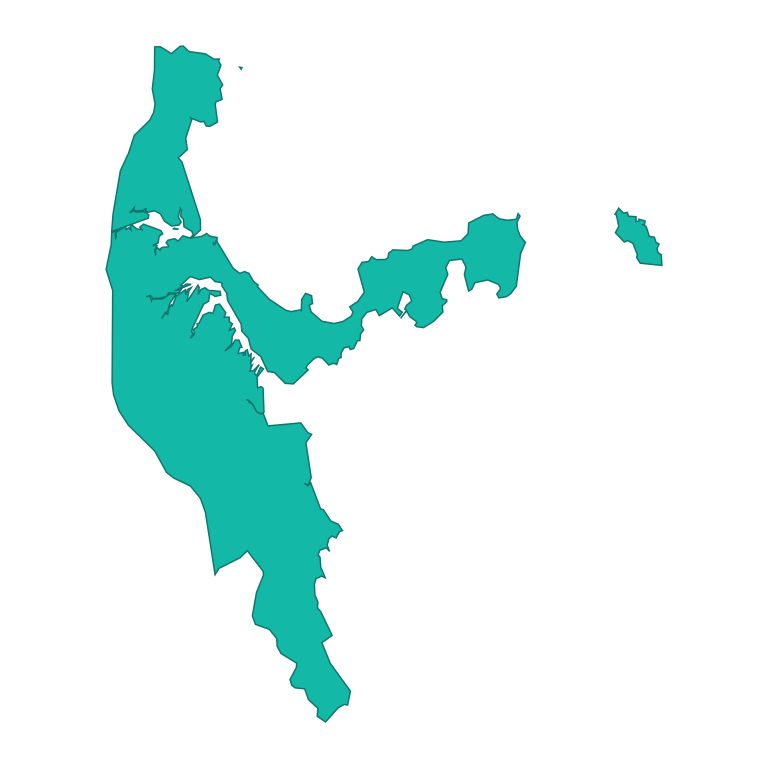 outline of Hibiscus and Bays Local Board Area, Auckland, New Zealand
{"feature_id": "76426892B59525679970548", "entity_name": "Hibiscus and Bays Local Board Area", "entity_type": "district", "adm_level": 2, "iso_a3": "NZL", "parent_name": "New Zealand", "parent_adm1": "Auckland", "projection": "equal_earth", "projection_center": [174.744, -36.648], "detail": "fine", "context": "isolated", "style": "filled", "palette": "teal", "viewbox_px": 768, "rotation_deg": 0, "n_neighbors": 0, "source": "geoboundaries", "source_scale": "gbopen_adm2", "svg_char_len": 6102}
<svg xmlns="http://www.w3.org/2000/svg" viewBox="0 0 768 768"><path d="M111.7,231.5L148.2,218.2L148.8,215.0L144.5,211.6L135.6,212.0L133.4,210.9L131.7,212.0L129.6,212.7L134.3,207.7L133.9,210.0L135.8,211.0L142.6,210.6L146.5,208.2L145.0,210.2L147.9,212.3L154.6,210.8L160.5,213.9L164.5,221.2L171.7,226.0L178.9,225.1L181.2,222.2L178.3,217.0L180.3,208.3L181.5,210.2L180.6,216.3L183.4,219.2L184.0,226.8L191.8,231.3L193.2,235.0L190.0,238.0L182.9,235.8L178.1,241.1L174.7,238.7L168.0,240.2L166.1,242.8L168.7,245.9L168.3,246.8L162.2,247.4L159.9,249.1L160.5,250.8L157.4,247.8L155.2,250.1L155.6,251.9L155.6,255.3L154.7,250.2L157.1,245.5L152.5,245.4L158.1,243.0L159.2,236.2L162.7,233.8L160.9,230.6L143.6,224.2L139.8,227.1L142.0,229.7L136.7,228.9L132.0,225.0L130.0,226.9L131.0,230.0L128.6,227.9L125.5,230.0L126.8,228.6L124.7,227.2L116.8,231.8L115.6,234.2L116.5,235.6L115.9,237.8L115.6,238.2L115.1,234.2L116.8,230.9L111.7,232.6L111.2,244.8L106.1,269.3L112.7,290.5L112.1,382.7L113.6,395.0L119.1,410.9L128.4,425.2L154.7,450.9L166.6,472.4L173.8,478.1L190.4,486.0L200.4,498.2L205.4,512.1L215.1,574.6L218.9,568.4L240.1,557.7L247.3,550.7L263.1,571.2L263.5,575.1L256.5,592.4L252.4,615.9L255.5,624.4L269.3,629.3L276.7,638.6L277.2,646.5L281.0,653.5L296.7,663.2L296.4,667.5L290.0,679.6L291.8,685.3L295.0,687.8L304.7,688.8L308.5,699.6L317.9,708.3L317.2,716.3L325.6,721.9L338.0,707.9L344.2,704.4L347.6,705.0L350.4,691.2L330.3,663.4L321.8,642.7L332.1,635.4L320.7,611.6L317.5,608.0L317.9,602.0L314.9,595.1L314.4,584.2L316.0,578.6L321.5,576.1L325.2,577.8L320.7,567.0L320.0,557.1L318.1,554.9L319.9,550.2L326.4,547.9L329.6,551.4L327.2,545.2L328.7,539.1L331.9,536.1L336.0,538.0L339.4,531.7L342.4,530.6L338.4,524.3L330.8,521.0L323.4,509.7L320.6,509.0L310.7,482.8L308.0,485.8L304.5,483.5L308.4,484.9L311.2,477.6L305.9,442.6L311.6,434.4L307.7,432.6L300.8,422.9L268.0,425.9L263.3,413.5L261.0,414.1L259.7,413.6L257.9,412.3L256.5,411.7L252.5,404.2L249.3,402.3L248.5,400.5L246.1,399.3L248.9,400.5L252.8,404.3L256.6,411.6L261.0,413.8L264.0,412.2L263.1,388.4L261.3,386.7L257.6,387.9L257.0,377.3L263.5,368.9L260.6,367.1L256.7,375.4L254.7,374.1L254.8,371.8L259.2,364.6L253.4,370.7L249.9,371.1L252.2,365.1L250.9,366.0L250.9,362.4L254.5,356.9L250.6,361.9L251.2,354.0L248.7,356.0L247.3,349.8L245.4,350.9L245.2,355.1L243.1,355.1L244.2,352.2L238.0,353.6L239.8,347.6L241.9,347.4L238.9,340.0L235.2,340.1L231.4,346.4L225.0,351.0L231.7,343.9L232.2,336.3L235.5,330.4L234.2,328.0L229.4,330.3L232.4,323.8L229.4,321.7L229.2,317.2L224.3,317.1L225.8,312.7L219.6,304.1L215.5,305.0L212.9,313.3L209.2,312.4L203.1,315.1L198.9,323.4L197.1,323.6L197.3,327.0L193.6,329.3L194.4,333.5L193.4,335.4L190.3,338.3L193.5,333.5L191.8,332.3L192.4,328.2L203.6,304.2L208.6,301.2L209.8,293.3L215.2,296.4L220.7,295.2L220.1,291.3L208.5,290.4L205.1,287.7L200.9,289.5L198.2,294.5L199.2,287.5L198.0,285.2L186.9,301.7L188.9,291.1L191.2,287.7L187.4,289.5L186.8,291.8L185.6,295.0L185.3,289.9L176.0,296.2L172.5,305.9L171.4,304.7L169.0,308.4L167.7,314.4L165.8,312.6L161.7,318.6L164.4,314.0L165.9,312.2L167.6,311.5L169.7,303.6L175.9,294.3L170.2,293.8L162.5,299.0L151.8,299.2L151.5,300.7L149.8,296.1L145.9,296.7L150.5,295.5L153.0,298.6L160.1,298.2L166.3,296.4L168.6,292.9L178.9,292.9L182.3,287.8L191.2,284.3L186.1,284.0L178.7,290.2L176.1,290.1L183.3,286.0L180.9,285.2L190.2,276.5L199.5,279.6L210.5,277.0L215.1,281.6L221.7,282.7L222.1,286.3L226.7,293.1L227.6,300.5L241.1,323.9L241.8,331.1L248.4,338.4L251.1,349.0L260.7,356.4L267.7,371.5L274.4,372.5L285.2,383.4L293.3,383.9L308.1,370.0L306.1,368.0L307.2,365.3L314.1,358.6L318.1,356.7L322.5,358.3L328.8,365.0L333.3,363.2L336.8,364.5L338.7,358.4L341.1,357.5L341.1,353.0L344.0,347.9L348.9,346.6L350.2,349.4L353.6,348.7L357.4,340.7L359.9,340.6L360.5,334.1L363.6,329.8L361.3,325.6L361.9,318.7L366.8,312.4L375.9,309.5L379.3,315.6L392.3,307.9L399.6,316.1L402.3,312.2L397.3,308.3L403.0,291.7L409.4,294.9L411.6,301.1L406.4,305.4L404.8,309.1L406.6,310.3L400.6,318.4L406.6,310.9L409.9,316.8L415.8,321.0L416.8,323.1L415.0,325.1L416.7,326.7L423.5,327.6L433.7,321.3L442.9,312.0L442.3,305.7L446.8,301.7L446.6,299.6L442.2,298.9L440.1,292.3L447.8,274.4L445.7,267.8L449.4,260.5L462.0,259.0L466.0,267.1L464.4,274.6L468.6,291.0L471.8,289.2L474.9,282.7L487.7,280.0L498.1,284.2L500.2,286.9L500.2,289.5L496.8,294.0L498.9,297.9L506.5,296.6L510.7,293.7L516.3,286.2L520.6,253.6L525.4,242.3L520.3,236.2L517.6,229.5L517.0,222.3L520.0,216.1L518.1,213.7L516.3,219.3L507.4,220.3L499.1,218.8L492.9,213.9L483.7,215.4L468.7,223.0L468.1,233.7L461.1,240.8L444.3,242.2L427.6,239.7L413.1,246.1L412.1,248.8L408.2,250.5L392.9,249.9L388.7,253.2L387.9,257.7L385.5,259.5L376.2,259.6L371.7,256.7L368.8,261.4L362.0,262.4L358.0,269.0L364.3,292.3L357.8,301.4L349.7,306.9L353.0,311.9L351.4,316.0L342.9,321.5L334.2,323.5L322.0,321.3L311.2,312.0L309.2,305.0L312.5,303.6L311.6,295.7L305.5,293.4L301.7,299.5L301.3,311.5L301.1,309.8L290.9,311.6L285.8,310.3L269.2,299.2L257.4,286.7L258.1,285.0L253.5,281.4L248.8,273.2L244.5,271.6L239.8,273.4L233.1,268.2L216.9,241.4L215.9,241.2L215.2,244.2L213.7,244.7L213.5,243.2L214.8,244.2L215.7,241.3L217.0,240.2L217.1,237.5L209.8,236.2L206.6,233.5L201.7,236.4L191.8,237.9L200.5,230.0L200.4,219.7L182.0,162.2L178.3,157.8L187.3,149.6L185.7,138.2L191.7,119.6L190.8,118.0L200.8,122.0L203.9,121.4L206.3,126.0L210.1,126.3L217.5,122.0L215.2,104.4L215.9,101.9L222.1,99.3L220.1,88.7L222.7,85.0L217.3,75.1L220.9,65.3L218.6,61.0L219.3,59.0L214.0,59.2L205.3,53.8L189.0,51.6L183.3,46.1L180.2,46.3L171.4,53.6L160.4,46.8L154.7,46.9L154.5,70.3L152.3,88.9L155.1,104.0L153.7,112.4L149.7,120.3L134.3,135.4L128.6,153.1L120.4,170.7L113.0,214.3L111.7,231.5ZM623.4,213.2L618.8,208.2L615.0,214.4L616.3,214.6L618.8,226.4L615.4,232.7L624.3,242.0L627.7,240.6L632.9,243.3L637.4,254.7L636.6,257.4L640.2,263.2L661.9,265.4L661.2,254.7L658.0,252.5L657.0,248.4L659.1,244.1L656.1,242.4L654.3,237.2L649.3,236.4L646.2,226.5L642.9,224.8L644.6,224.3L645.1,221.0L639.0,219.2L638.7,221.3L636.1,221.6L636.0,216.7L628.4,216.2L627.4,212.4L623.4,213.2ZM178.7,229.2L174.5,228.2L172.8,228.9L178.7,229.2ZM241.2,69.2L241.9,67.6L239.7,67.2L241.2,69.2Z" fill="#14b8a6" stroke="#0f766e" stroke-width="1.5"/></svg>